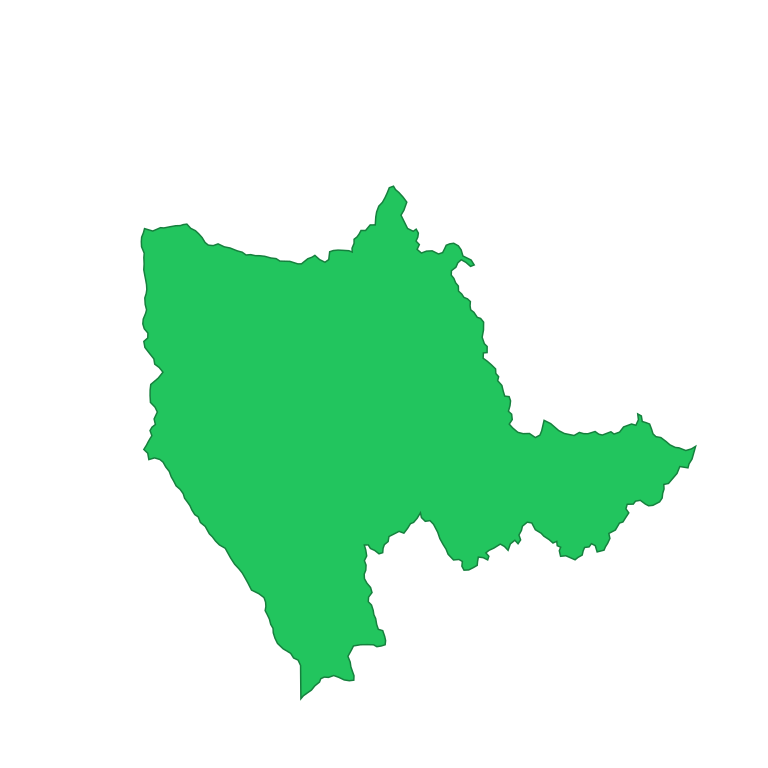 the district of São José dos Pinhais, Paraná, Brazil, rotated 331°
{"feature_id": "56859067B24431474585415", "entity_name": "São José dos Pinhais", "entity_type": "district", "adm_level": 2, "iso_a3": "BRA", "parent_name": "Brazil", "parent_adm1": "Paraná", "projection": "natural_earth1", "projection_center": [-49.071, -25.647], "detail": "fine", "context": "isolated", "style": "filled", "palette": "green", "viewbox_px": 768, "rotation_deg": 331, "n_neighbors": 0, "source": "geoboundaries", "source_scale": "gbopen_adm2", "svg_char_len": 5259}
<svg xmlns="http://www.w3.org/2000/svg" viewBox="0 0 768 768"><g transform="rotate(331 384 384)"><path d="M141.7,336.1L147.5,337.4L151.4,341.4L152.9,345.3L152.9,350.7L153.8,356.4L152.9,362.0L153.0,367.1L152.8,372.4L154.6,377.3L155.2,382.6L154.2,387.2L154.8,391.6L155.3,396.3L154.9,401.0L155.2,406.5L157.1,410.2L156.3,416.1L158.6,421.9L158.6,430.4L159.8,434.5L160.5,439.6L162.0,444.9L165.5,450.7L165.5,461.8L166.0,469.2L167.5,475.2L168.4,480.5L168.5,486.5L168.5,491.9L168.2,500.0L172.8,506.6L175.5,512.6L174.7,517.3L172.9,521.2L170.2,524.6L170.1,529.0L169.8,534.0L168.4,539.3L168.5,543.9L166.5,548.0L165.4,553.5L165.1,559.3L167.4,566.7L171.8,574.3L172.1,579.8L175.0,583.8L174.6,589.7L158.7,619.0L162.3,617.6L166.6,617.1L172.2,616.5L177.1,614.5L183.1,613.4L185.8,611.1L189.7,611.4L193.2,613.7L198.7,614.6L202.2,618.6L205.7,623.5L209.8,626.7L214.0,628.4L216.3,624.6L217.9,615.3L219.6,610.9L220.4,604.7L226.5,600.9L230.3,598.3L237.2,600.7L243.3,604.0L248.4,607.0L250.4,610.3L254.6,611.8L258.6,612.6L261.0,609.2L262.2,605.2L263.3,599.1L260.1,595.8L261.0,590.8L263.0,585.1L263.3,580.8L264.8,576.8L265.9,571.3L264.7,566.8L267.2,562.9L272.4,560.6L273.6,555.5L272.5,549.9L272.5,544.8L274.5,540.7L277.8,538.0L280.5,533.7L281.2,529.0L285.5,526.0L287.6,520.2L288.7,515.3L292.2,517.1L292.4,521.3L295.2,525.1L297.3,530.1L301.1,530.9L303.5,527.3L306.4,524.7L311.2,523.8L314.4,519.8L319.2,520.0L325.7,520.2L329.1,524.1L334.6,521.7L339.4,519.0L342.8,519.4L347.9,517.5L353.4,514.3L352.0,519.0L353.5,524.1L358.0,525.8L359.3,530.7L359.1,539.7L357.9,546.3L357.9,553.3L358.2,558.5L357.5,564.0L359.5,571.6L364.5,573.8L366.5,577.2L363.8,581.1L363.7,585.6L368.0,587.7L373.1,587.9L377.6,587.8L379.7,584.7L382.6,581.1L386.6,584.0L389.4,588.1L392.2,585.5L391.2,581.1L395.3,580.4L400.5,580.8L408.1,580.4L410.6,584.5L411.9,589.6L417.0,585.1L422.7,584.1L423.8,588.7L427.9,586.6L428.8,581.5L433.2,578.7L436.1,575.5L442.3,574.3L445.9,577.2L445.7,584.8L449.1,590.7L450.0,594.5L453.0,600.2L454.7,605.0L458.8,605.4L457.1,609.4L459.4,612.4L456.5,614.8L454.9,620.3L459.8,622.4L465.9,630.4L469.6,629.7L474.4,629.7L477.3,626.5L480.2,624.2L484.4,625.9L488.0,624.2L490.4,627.8L489.0,634.2L495.9,636.0L498.7,633.8L502.3,631.8L506.7,628.6L508.2,623.7L515.6,623.9L522.5,619.8L526.1,620.5L530.1,618.3L535.6,615.4L535.1,610.4L538.4,607.1L543.8,609.9L547.2,608.4L551.8,610.0L554.3,615.6L556.4,618.8L560.4,620.5L567.9,620.7L572.0,618.6L574.7,614.8L578.0,611.6L580.0,607.5L584.6,608.9L596.9,604.3L602.7,599.6L609.2,604.7L612.1,601.7L617.0,599.0L626.3,589.6L621.5,589.8L615.7,588.5L611.0,582.8L608.0,580.7L604.5,575.7L603.0,571.5L600.2,565.1L596.3,561.9L595.1,558.0L596.1,553.3L596.9,547.8L594.4,544.8L591.7,542.0L593.6,536.7L591.4,533.2L589.2,538.6L584.3,542.2L581.1,539.0L572.7,537.7L566.7,540.3L560.9,539.3L559.3,535.8L550.2,534.5L547.5,532.0L545.6,527.9L538.3,526.4L534.6,524.3L531.4,521.1L525.3,521.2L517.7,514.7L514.2,509.4L510.6,499.5L506.4,493.4L499.1,501.5L495.6,504.3L490.4,504.2L487.2,497.8L481.6,494.9L477.6,491.1L475.2,484.7L474.1,479.8L478.9,477.3L481.0,472.3L479.6,468.2L483.7,464.0L486.5,460.1L487.3,455.7L483.7,453.1L484.8,448.1L486.4,442.4L485.0,436.2L487.8,433.2L486.9,429.0L488.9,424.9L487.2,419.2L485.3,414.0L483.2,409.5L486.0,405.0L489.4,406.5L492.4,401.2L491.3,397.4L492.5,390.7L497.2,385.0L501.1,378.2L500.3,373.5L497.9,370.9L497.4,364.9L495.8,361.1L497.2,357.3L499.5,353.8L498.3,350.0L495.9,347.0L495.6,343.0L494.2,338.9L496.5,334.4L495.7,330.2L496.3,325.6L495.6,321.4L497.9,317.6L503.6,316.7L507.3,313.8L511.8,312.8L514.6,317.3L516.7,323.1L520.6,323.6L520.3,317.8L515.1,310.3L516.5,304.1L516.0,299.2L513.2,294.7L509.5,293.3L505.7,292.8L502.7,295.0L499.0,297.5L494.7,296.7L490.7,290.9L485.6,288.4L480.2,287.6L478.2,282.3L482.5,279.2L481.3,274.5L484.8,271.9L487.2,268.7L487.2,264.2L483.6,264.6L480.0,259.4L480.3,253.2L480.7,244.6L485.6,241.7L492.1,236.0L491.3,229.9L489.9,223.9L488.3,219.5L488.2,215.6L483.8,214.9L479.1,218.7L475.4,221.4L470.8,224.3L465.7,225.9L461.0,229.9L457.8,233.9L453.5,240.6L449.0,238.2L442.3,240.8L438.3,238.6L434.9,240.8L431.7,242.3L428.0,242.9L426.0,246.5L421.9,249.7L420.2,253.2L417.9,250.4L412.9,247.2L408.7,244.6L404.4,242.7L400.6,242.0L396.0,248.4L391.4,248.9L388.0,244.0L385.9,238.0L382.6,238.2L378.1,237.5L373.9,238.2L370.1,238.9L366.9,237.2L361.1,231.1L352.6,226.1L350.4,222.0L346.2,219.0L341.6,214.5L337.4,211.5L333.7,209.4L330.1,206.2L325.9,204.3L323.9,200.0L320.2,196.4L317.9,193.6L315.3,190.4L310.8,186.6L306.8,181.0L301.8,180.2L297.7,177.4L296.1,173.5L295.9,167.8L294.8,162.9L293.4,158.5L290.4,154.1L289.1,148.6L285.8,147.3L282.6,146.7L278.5,144.6L273.0,142.7L267.1,140.8L264.3,138.9L260.7,138.6L255.9,138.1L249.9,132.0L246.9,135.1L243.2,138.1L240.8,141.8L238.5,146.4L237.7,153.3L235.2,157.1L232.4,162.7L229.3,167.6L227.5,172.9L226.1,177.2L224.5,181.9L222.4,186.3L219.9,189.6L216.5,192.8L213.7,198.7L212.3,204.0L209.8,206.6L204.9,210.5L202.2,214.5L201.1,219.5L202.2,225.0L199.7,229.2L194.6,230.3L192.6,236.1L193.9,244.6L194.9,250.4L193.1,255.5L195.4,260.6L196.4,266.5L189.4,269.4L179.8,271.3L176.6,275.8L173.8,280.7L170.8,286.9L172.5,293.2L172.2,298.6L166.0,303.1L164.4,308.6L160.1,309.3L156.8,311.3L155.9,316.7L152.8,318.4L149.5,320.4L146.7,322.3L142.2,324.8L143.8,330.0L141.7,336.1Z" fill="#22c55e" stroke="#15803d" stroke-width="1.5"/></g></svg>